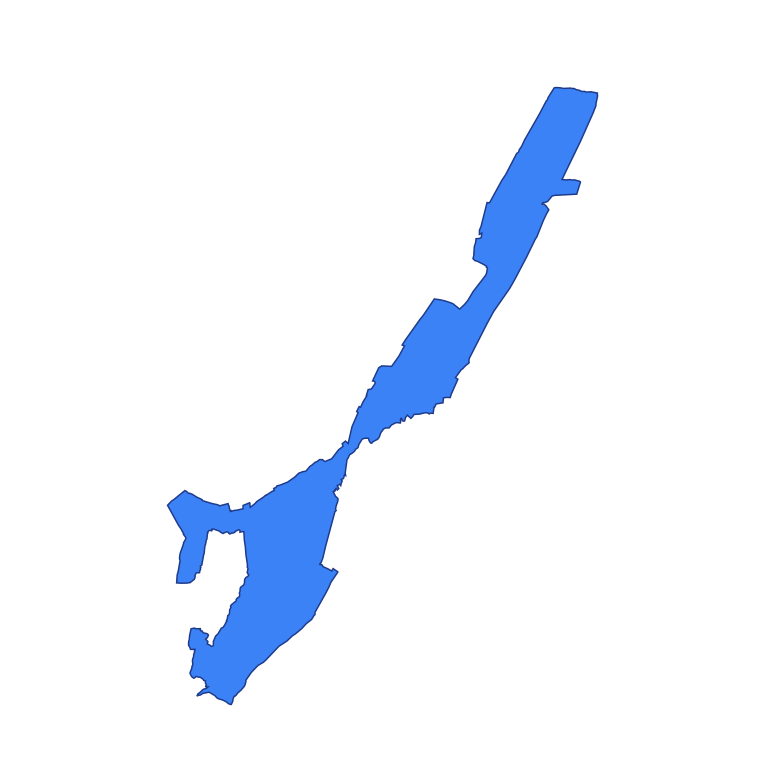 Harlau, Iasi, Romania (Robinson projection), rotated 309°
{"feature_id": "2599482B57986450860994", "entity_name": "Harlau", "entity_type": "district", "adm_level": 2, "iso_a3": "ROU", "parent_name": "Romania", "parent_adm1": "Iasi", "projection": "robinson", "projection_center": [26.866, 47.433], "detail": "fine", "context": "isolated", "style": "filled", "palette": "blue", "viewbox_px": 768, "rotation_deg": 309, "n_neighbors": 0, "source": "geoboundaries", "source_scale": "gbopen_adm2", "svg_char_len": 6060}
<svg xmlns="http://www.w3.org/2000/svg" viewBox="0 0 768 768"><g transform="rotate(309 384 384)"><path d="M744.4,366.8L741.5,361.2L738.2,357.5L737.6,355.7L735.8,353.6L735.3,352.0L735.4,351.5L733.8,348.3L733.2,345.5L732.3,344.7L731.4,342.8L726.7,337.5L725.0,334.4L722.4,330.8L721.1,329.9L709.8,331.3L707.7,332.1L706.0,332.0L691.5,334.9L661.9,339.7L655.3,341.4L651.1,341.7L649.3,342.5L648.1,342.6L646.8,342.0L623.2,346.8L616.5,347.4L591.2,352.0L589.9,349.9L567.2,360.4L563.7,361.3L560.3,364.0L562.8,365.1L559.0,367.4L557.3,366.6L554.8,364.1L553.3,365.3L552.6,365.4L551.7,366.2L547.7,367.7L541.8,371.8L541.8,372.2L537.4,374.3L537.1,376.9L538.1,379.3L539.5,385.6L540.0,389.7L539.2,390.1L539.1,391.5L534.6,394.0L532.2,394.6L511.8,395.1L501.5,396.6L496.3,396.5L489.8,395.6L489.8,387.2L489.0,384.5L487.2,379.7L484.9,374.9L481.8,369.6L462.1,371.3L456.7,371.3L431.7,372.9L425.7,373.6L426.5,375.9L414.7,378.1L402.5,378.8L396.6,370.8L393.3,369.7L379.2,373.2L380.1,374.8L380.0,375.7L379.2,376.5L377.7,376.9L372.2,377.3L369.7,375.2L363.8,377.6L363.9,378.1L357.3,378.9L351.2,380.4L350.8,378.9L345.4,380.1L345.4,381.9L330.7,386.0L315.1,393.6L315.4,390.0L311.3,389.1L309.8,391.4L304.3,390.1L293.0,390.4L286.7,387.0L286.4,386.2L286.6,383.9L284.7,381.5L281.4,380.7L279.7,379.7L275.5,379.0L273.4,378.3L267.0,378.1L264.8,376.1L261.1,373.9L255.3,373.2L247.0,370.8L239.9,366.8L237.4,364.9L235.5,365.1L233.4,364.0L232.4,365.7L229.8,364.5L223.5,362.5L223.6,362.3L222.6,361.9L220.6,361.6L212.5,359.1L209.8,359.0L204.1,357.7L205.5,356.0L207.0,354.8L207.1,354.3L200.9,350.9L198.4,353.0L193.4,349.1L191.2,346.9L189.2,345.7L189.4,345.0L188.4,344.8L190.6,341.4L191.7,340.4L191.8,339.7L192.9,338.1L185.7,332.8L185.8,331.7L185.0,329.7L183.1,326.1L179.4,317.1L179.2,316.1L179.6,315.6L179.3,313.8L178.3,309.9L177.6,304.2L176.9,302.0L176.3,301.3L176.0,300.3L176.3,298.1L175.8,296.3L161.4,293.3L159.6,292.6L153.5,292.1L144.8,313.4L143.6,317.5L141.3,323.0L140.9,322.9L139.9,326.7L138.6,327.5L134.6,328.1L133.3,328.9L124.0,332.2L120.2,334.5L119.1,335.5L118.7,336.5L109.2,341.8L105.5,343.4L98.9,348.0L101.7,351.9L105.6,356.5L107.2,357.7L107.3,358.2L112.8,359.5L114.7,358.9L117.0,357.3L119.1,357.1L119.7,357.4L120.9,359.2L121.7,359.3L122.6,358.4L124.3,358.2L125.2,357.3L126.1,357.2L126.5,356.2L127.1,355.8L128.5,356.4L138.2,351.1L138.9,351.0L145.5,346.7L146.9,346.3L150.5,344.3L152.1,343.9L157.0,340.7L157.5,340.9L158.0,340.1L159.9,340.3L160.7,340.9L161.5,342.5L162.0,342.5L162.9,341.6L163.9,342.6L166.1,348.6L166.0,350.3L166.5,353.0L169.4,354.3L170.2,355.0L170.8,356.4L170.3,357.3L170.3,358.4L171.1,359.0L172.0,359.2L173.1,360.4L174.6,361.3L176.1,361.3L179.3,362.8L179.6,363.8L179.4,364.4L178.2,365.3L179.9,366.6L181.0,368.1L174.9,373.6L170.6,378.3L164.5,384.1L157.6,391.6L155.5,393.1L155.2,394.3L151.3,396.4L150.4,399.0L150.0,399.3L148.2,399.1L147.0,398.5L144.6,398.6L141.3,400.9L139.7,401.4L135.6,400.5L133.9,401.3L132.5,402.5L130.4,403.2L129.6,404.4L127.9,405.4L124.6,404.6L123.6,404.7L122.9,405.5L122.4,405.6L116.3,404.3L115.2,404.4L114.6,404.7L114.2,405.6L111.4,406.2L108.4,408.3L107.1,408.7L105.7,408.3L102.7,410.1L101.1,410.4L100.5,411.3L99.3,411.1L97.1,411.8L93.5,412.1L91.9,411.2L85.7,412.2L82.1,411.8L76.5,413.4L73.6,415.8L72.8,415.8L71.5,415.1L71.5,413.2L70.8,410.2L73.0,409.3L73.4,406.1L75.6,406.3L78.0,405.8L78.6,405.0L78.7,404.1L78.2,402.6L76.8,400.1L77.6,398.3L76.8,396.8L77.3,396.5L77.7,395.9L77.5,395.4L78.2,395.1L76.5,393.2L74.9,390.7L75.0,390.3L72.4,388.1L66.2,391.2L62.8,393.5L60.7,394.4L58.1,396.4L57.0,399.1L56.0,400.7L58.9,404.1L58.1,404.7L57.2,404.6L56.4,405.6L54.5,406.1L51.8,407.8L49.6,408.5L47.8,409.8L45.6,412.1L44.2,412.3L41.6,413.7L37.6,414.9L36.7,415.9L35.5,418.9L35.6,421.2L36.4,421.8L38.4,421.9L39.1,423.6L40.5,425.9L40.7,429.1L40.2,430.5L40.9,432.0L39.0,433.7L38.2,435.6L37.0,435.5L36.7,435.8L36.6,436.1L37.9,437.9L35.5,437.4L33.5,436.0L32.0,435.5L29.3,435.2L25.9,434.4L23.6,435.1L24.5,435.2L26.7,437.0L29.6,438.0L34.4,442.0L35.4,448.5L34.9,452.0L35.3,453.8L36.8,457.2L37.7,461.1L37.7,464.2L38.1,465.8L38.9,467.0L42.6,466.0L43.6,465.2L46.7,464.1L47.6,464.7L48.2,464.5L49.4,465.0L51.0,464.7L56.4,465.6L61.1,465.7L63.1,465.2L65.8,464.0L66.7,463.1L76.4,462.4L86.0,463.2L91.8,465.4L95.3,465.9L114.2,467.4L123.1,470.3L130.7,471.3L134.1,472.4L142.0,474.0L148.7,474.4L155.5,475.9L159.9,475.3L161.4,475.5L163.0,474.1L185.6,470.2L191.4,469.0L196.6,467.5L208.7,466.5L209.0,466.2L208.5,460.6L205.8,461.1L205.1,456.9L203.7,451.7L204.5,449.4L203.9,448.3L203.4,448.1L203.5,447.4L205.9,447.4L210.2,446.0L221.9,440.4L253.9,426.2L255.5,426.5L256.3,425.1L257.3,424.5L259.5,423.4L263.3,422.1L265.5,420.8L266.0,420.2L266.3,416.4L266.7,416.0L268.2,412.4L269.5,412.6L269.5,413.1L270.4,413.2L270.9,412.8L270.9,412.4L272.8,412.4L272.2,414.4L274.3,414.7L275.6,411.6L278.2,412.7L277.8,414.3L280.3,413.1L282.3,412.6L282.8,410.8L285.0,412.0L288.5,410.5L288.7,411.8L290.5,409.8L302.2,402.7L303.7,402.7L307.4,401.8L310.5,402.9L313.4,403.4L315.3,403.0L318.1,403.8L321.3,402.5L327.4,401.7L329.5,403.0L331.9,405.7L331.8,406.5L330.5,408.2L330.0,409.6L329.8,411.1L330.4,411.7L332.7,411.9L337.2,413.9L339.9,413.7L344.1,412.2L348.9,412.0L350.9,412.9L353.1,415.6L356.8,415.6L361.3,417.5L362.4,418.7L363.9,421.2L364.9,420.9L366.6,419.2L368.0,418.8L368.3,419.2L368.2,419.6L367.0,421.5L367.8,423.1L368.5,423.2L371.5,421.8L374.5,421.8L374.2,426.5L376.4,426.8L379.3,426.5L383.1,430.7L387.4,433.9L388.9,435.8L389.2,438.0L390.6,438.5L392.1,440.7L397.4,437.5L397.7,437.9L401.4,437.1L406.5,441.7L410.7,438.9L412.7,440.8L415.2,444.0L418.0,442.8L434.2,438.4L433.9,435.5L443.9,435.0L445.0,435.5L449.2,435.8L454.0,436.8L456.1,434.9L457.9,434.1L496.6,425.9L509.3,423.6L537.6,421.5L547.4,419.9L572.5,414.9L591.4,410.5L594.5,410.2L611.2,405.0L618.6,403.2L623.1,402.5L624.5,397.2L624.2,395.2L623.4,393.6L625.1,393.3L625.8,394.5L628.9,396.3L635.8,396.3L638.0,397.9L652.8,414.3L664.6,409.6L664.7,408.6L662.4,403.3L661.7,402.8L660.7,401.5L659.9,399.9L657.0,396.9L655.0,393.6L696.5,383.9L726.3,375.9L733.8,373.5L735.1,372.4L742.3,368.7L743.6,367.2L744.4,366.8Z" fill="#3b82f6" stroke="#1e3a8a" stroke-width="1.5"/></g></svg>